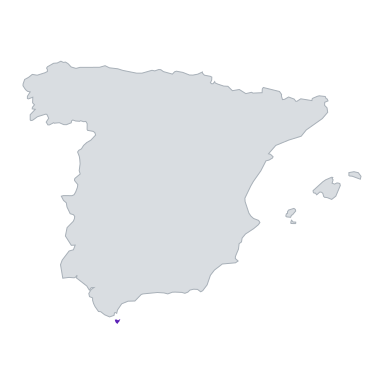 where Ceuta sits in Spain
{"feature_id": "ESP-5815", "entity_name": "Ceuta", "entity_type": "Autonomous City", "adm_level": 1, "iso_a3": "ESP", "parent_name": "Spain", "parent_adm1": "", "projection": "orthographic", "projection_center": [-5.347, 35.887], "detail": "fine", "context": "in_parent", "style": "filled", "palette": "violet", "viewbox_px": 384, "rotation_deg": 0, "n_neighbors": 0, "source": "natural_earth", "source_scale": "10m", "svg_char_len": 3764}
<svg xmlns="http://www.w3.org/2000/svg" viewBox="0 0 384 384"><path d="M202.4,72.0L202.4,73.1L204.4,75.2L210.3,76.3L211.8,77.1L211.7,80.1L210.4,82.7L211.7,83.8L213.1,83.7L214.7,81.6L215.1,82.9L217.8,84.1L223.8,86.1L227.9,86.3L232.4,90.7L239.3,89.5L245.8,93.6L251.6,92.3L253.0,93.1L262.1,92.7L262.3,89.0L263.3,87.5L279.5,91.5L281.6,94.5L281.4,96.0L282.5,99.6L284.6,99.3L288.6,97.0L294.2,99.1L295.8,101.3L296.9,101.3L300.8,98.8L311.9,100.6L312.2,98.8L312.9,98.2L317.4,96.3L319.2,95.8L325.2,96.5L326.1,98.5L327.3,99.1L328.0,100.9L324.7,102.3L324.6,105.4L327.0,107.8L327.7,112.3L322.3,118.6L306.3,129.9L301.2,136.2L288.7,140.1L275.8,145.4L268.5,153.8L270.5,154.3L273.1,156.8L272.4,158.1L269.0,160.1L266.0,160.8L260.8,170.9L253.4,181.4L250.7,186.1L244.9,198.2L245.1,201.6L248.9,213.1L250.9,216.1L253.6,218.5L258.6,220.4L259.9,222.5L258.4,224.7L253.7,228.6L245.5,234.0L242.1,238.1L241.5,241.9L239.1,243.7L238.5,249.0L235.4,256.5L235.3,258.5L238.1,261.0L235.5,262.8L222.3,264.0L214.4,270.1L210.4,275.3L207.1,284.9L202.7,290.7L200.7,291.8L197.5,289.4L193.6,289.2L189.9,290.1L187.9,292.1L184.9,293.3L181.8,292.4L175.3,292.1L172.4,292.2L167.8,293.9L163.9,292.9L157.3,292.5L143.0,293.9L141.2,294.5L134.9,301.0L128.0,301.2L121.7,303.8L117.5,310.0L116.7,313.3L115.4,312.5L114.5,312.8L114.0,315.4L109.6,316.9L104.7,314.8L100.7,311.7L98.5,311.5L95.1,306.7L93.6,303.6L92.6,300.3L92.6,297.9L89.5,296.6L88.8,293.5L91.1,289.6L94.0,287.5L91.3,287.6L89.3,290.1L86.8,286.0L76.5,278.0L77.1,275.2L75.4,277.3L74.2,277.8L68.9,277.4L62.8,278.2L60.5,264.7L62.2,260.1L69.1,251.0L73.4,249.8L75.2,245.1L71.3,245.3L65.4,236.0L67.1,227.6L73.3,221.3L74.4,218.8L74.7,216.4L73.5,214.7L70.2,213.7L67.0,207.0L66.3,202.8L63.5,200.4L61.3,196.2L63.4,195.6L72.0,195.7L74.1,194.7L75.7,191.9L77.4,187.4L77.8,184.6L74.6,180.6L74.5,179.7L74.9,178.4L80.2,174.0L79.2,170.7L80.1,163.8L79.8,159.7L79.3,156.4L77.6,152.0L78.8,150.3L81.4,148.9L83.6,145.4L86.8,142.5L90.8,140.2L95.6,135.1L94.9,132.7L93.3,131.4L87.5,130.3L87.1,129.3L87.2,123.7L85.8,121.4L83.7,121.7L80.5,120.7L79.7,121.3L75.6,121.0L72.8,120.0L71.6,120.8L71.2,122.8L66.4,124.7L63.7,124.6L59.3,122.7L54.3,123.2L53.7,122.7L49.4,124.9L47.9,124.9L46.2,122.1L48.7,118.2L46.8,114.3L45.5,114.2L37.5,116.7L32.7,120.2L30.9,120.6L30.2,119.9L30.2,114.7L35.3,109.3L32.2,108.9L32.4,107.3L34.5,104.8L32.6,102.8L32.8,97.2L28.5,98.9L27.4,98.5L27.4,96.3L30.2,91.9L27.5,91.3L25.5,89.6L23.0,85.8L23.1,83.9L24.7,79.4L28.5,77.4L32.3,74.4L37.2,75.2L44.8,72.8L47.4,71.5L47.4,69.6L46.6,68.1L47.4,66.8L53.5,63.3L57.2,63.0L60.9,61.2L63.3,62.4L65.5,62.1L68.0,63.6L71.2,67.0L76.0,68.4L79.8,67.4L99.5,67.3L105.1,65.7L109.4,67.8L117.8,68.8L122.8,70.4L136.8,73.2L141.9,73.2L152.0,70.3L154.8,70.9L158.8,69.5L160.8,69.7L163.4,71.6L172.4,74.1L174.6,71.8L176.4,71.2L182.8,72.4L189.4,75.0L192.8,75.1L197.7,74.2L202.4,72.0ZM332.1,183.2L334.6,184.1L337.0,182.9L338.4,183.1L339.8,183.5L340.3,185.5L335.8,196.2L331.7,199.4L327.2,197.6L324.6,197.3L323.7,196.5L322.8,193.3L321.6,192.3L319.9,192.0L316.7,194.8L315.5,193.2L313.9,193.0L313.2,192.0L313.1,190.6L322.8,181.8L325.7,179.8L331.8,177.2L332.8,177.5L332.1,178.7L333.1,179.8L332.1,183.2ZM361.0,176.3L360.3,179.2L352.2,176.2L349.6,176.0L348.9,175.5L348.9,172.6L354.0,171.7L358.3,172.7L361.0,176.3ZM291.4,215.3L290.6,217.3L286.7,216.9L285.8,216.1L286.4,213.8L287.5,213.4L287.5,211.8L288.5,210.1L293.9,208.4L295.3,209.4L295.7,211.0L292.6,214.7L291.4,215.3ZM295.8,223.1L295.3,223.6L291.0,223.5L290.8,222.2L291.5,220.2L293.2,222.0L295.7,222.1L295.8,223.1Z" fill="#d9dde1" stroke="#a8b0b8" stroke-width="1"/><path d="M117.2,322.8L116.6,322.3L116.2,321.7L115.9,321.0L115.7,320.3L116.0,320.2L116.5,320.3L117.1,320.6L117.6,321.0L118.1,321.1L118.8,320.7L118.5,321.4L117.4,322.3L117.2,322.8Z" fill="#8b5cf6" stroke="#5b21b6" stroke-width="1.5"/></svg>